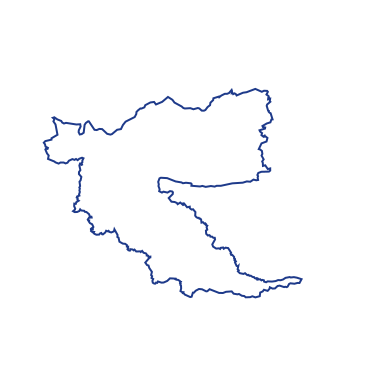 outline of Aipe, Huila, Colombia, rotated 242°
{"feature_id": "7082276B31723879079802", "entity_name": "Aipe", "entity_type": "district", "adm_level": 2, "iso_a3": "COL", "parent_name": "Colombia", "parent_adm1": "Huila", "projection": "albers", "projection_center": [-75.403, 3.239], "detail": "fine", "context": "isolated", "style": "outline", "palette": "blue", "viewbox_px": 384, "rotation_deg": 242, "n_neighbors": 0, "source": "geoboundaries", "source_scale": "gbopen_adm2", "svg_char_len": 6012}
<svg xmlns="http://www.w3.org/2000/svg" viewBox="0 0 384 384"><g transform="rotate(242 192 192)"><path d="M263.6,260.7L264.7,254.9L263.2,253.8L262.2,250.2L260.2,248.7L259.7,245.7L258.1,242.3L258.2,240.7L259.3,238.8L262.3,237.7L263.4,236.6L264.4,232.1L266.8,229.9L269.1,224.9L270.2,223.8L272.4,223.0L279.2,218.5L282.6,218.0L287.2,215.4L285.6,208.0L286.2,201.3L289.3,200.8L290.6,197.3L290.6,191.5L289.1,189.7L289.4,186.5L290.0,185.6L289.4,182.5L288.7,180.5L287.0,179.4L285.1,176.6L285.3,166.4L283.6,162.5L280.9,158.8L282.1,155.1L280.7,148.5L281.0,146.9L283.2,144.4L289.7,142.2L291.2,139.8L291.4,137.0L292.7,135.1L302.8,134.1L303.2,133.5L302.8,130.7L301.7,128.7L295.2,124.2L294.9,121.8L295.5,119.9L298.1,120.0L299.7,121.1L302.1,124.4L304.3,125.1L305.9,121.6L312.2,113.2L312.6,111.1L314.3,110.0L316.1,109.9L319.3,107.2L322.6,105.5L322.8,104.0L321.4,104.6L320.7,104.4L319.4,102.8L315.7,103.2L305.7,100.1L305.4,93.2L304.2,92.5L305.8,86.4L305.1,84.3L303.1,84.6L300.9,84.0L298.6,85.5L297.9,84.7L298.8,83.3L298.4,82.5L294.1,82.1L291.5,82.6L288.8,80.4L283.4,84.9L282.3,85.3L279.7,87.6L279.8,89.7L278.3,92.5L276.6,93.8L276.3,95.8L277.4,98.0L277.2,101.8L275.5,103.4L275.6,105.1L273.8,106.0L274.3,108.1L273.9,111.0L272.7,112.0L271.2,109.9L269.7,109.1L269.5,108.0L267.8,107.8L267.8,107.2L269.5,106.3L268.3,105.0L263.7,103.7L262.7,101.6L260.9,100.6L257.3,101.4L254.6,99.1L253.9,97.5L249.8,96.0L248.8,94.6L247.7,94.6L246.2,93.3L244.7,93.0L242.9,91.1L241.7,90.9L242.0,88.5L241.2,87.6L240.2,88.2L239.0,87.2L237.5,87.9L237.3,85.0L236.1,83.8L237.0,82.6L234.8,81.3L232.2,81.1L231.4,80.3L230.9,78.0L229.4,78.9L228.3,81.1L228.1,83.5L229.2,85.1L227.7,85.5L226.0,88.0L224.8,88.1L223.9,89.4L220.7,90.7L218.2,90.3L217.4,91.6L216.6,91.4L217.7,89.1L216.6,87.0L215.5,87.0L215.1,87.8L214.1,87.1L212.4,87.3L210.4,88.7L207.4,88.5L207.0,87.6L206.0,87.1L207.1,86.5L206.9,85.4L206.0,85.0L205.3,85.5L204.8,84.6L203.5,85.2L202.7,86.7L202.0,85.8L200.9,86.2L199.2,87.5L198.0,90.0L198.6,91.5L198.4,92.7L196.9,92.8L196.4,93.4L197.0,96.5L198.1,98.0L196.6,99.4L196.8,100.1L195.5,100.4L194.2,101.7L193.9,104.6L195.5,106.0L189.0,106.1L187.3,105.0L186.2,105.7L182.2,104.6L178.9,106.7L177.6,108.7L175.6,109.6L174.5,108.9L173.8,109.9L173.1,109.2L172.2,109.4L171.8,108.2L170.4,108.5L169.4,109.6L170.3,110.9L169.1,112.6L167.9,113.1L168.1,114.2L165.7,114.8L163.8,118.5L163.1,118.6L163.4,120.3L161.1,120.7L159.4,122.5L158.0,122.7L157.2,122.2L156.4,123.3L155.3,123.1L154.5,124.9L153.8,124.5L154.0,123.7L151.6,117.6L148.6,118.0L147.5,119.1L145.0,118.6L140.3,119.1L137.8,116.9L136.4,117.3L135.1,115.9L133.4,116.9L132.1,115.3L130.3,114.8L128.8,115.7L128.3,116.7L128.9,117.7L128.1,118.7L129.0,119.9L126.3,122.5L125.4,124.4L125.1,128.4L126.1,132.0L123.9,135.7L122.8,136.3L123.0,137.0L121.8,137.2L120.9,138.5L119.1,139.5L118.4,139.2L117.9,139.9L117.0,138.6L116.2,138.9L115.5,138.1L114.4,138.3L111.9,137.1L109.9,135.3L108.2,136.3L107.6,137.3L106.9,136.5L106.3,137.2L104.8,137.5L100.1,141.1L99.7,142.5L102.7,145.5L102.2,146.3L103.1,149.0L103.1,152.6L101.4,155.2L97.6,157.9L97.2,159.0L97.9,161.9L90.2,168.5L88.3,171.9L87.9,175.2L85.6,180.4L82.7,181.0L80.3,184.1L79.9,185.6L77.0,187.3L75.6,189.3L73.8,190.0L71.8,194.1L71.6,196.3L69.2,198.5L68.2,202.9L71.2,205.0L71.0,207.7L71.9,209.6L69.2,212.4L70.2,215.1L71.3,216.0L68.9,217.8L67.9,220.0L68.8,223.4L68.2,225.4L64.8,228.7L64.6,229.8L63.5,231.0L63.6,232.1L65.2,234.5L65.2,236.0L62.9,239.4L62.2,242.4L61.2,244.2L63.6,247.8L67.1,244.4L69.0,242.0L70.2,239.0L71.0,238.4L72.3,234.3L72.0,231.3L72.5,228.8L73.8,226.7L74.1,224.0L75.4,220.5L77.6,216.8L77.5,215.1L79.0,213.6L80.3,214.0L81.4,212.8L81.4,211.8L83.0,211.2L83.4,210.0L84.4,209.6L84.1,209.1L84.9,208.9L84.6,208.4L85.7,208.3L85.8,207.5L86.6,206.9L87.6,206.9L88.6,205.6L90.5,204.6L91.1,203.3L92.3,203.0L92.6,201.8L95.4,200.7L95.5,199.0L97.9,196.1L100.4,195.3L100.9,196.5L102.3,196.0L105.0,198.2L104.8,197.5L105.8,196.7L109.6,196.9L110.1,198.2L111.3,197.9L111.4,196.7L111.9,198.2L112.8,198.5L113.4,197.9L114.9,198.7L117.7,198.0L118.0,197.1L119.6,197.2L120.1,198.0L125.5,197.6L127.1,195.5L127.0,193.4L128.4,193.4L129.2,191.1L128.5,190.1L129.6,189.3L130.7,186.8L133.9,185.0L136.2,185.3L139.3,190.1L140.9,190.6L141.6,189.3L143.2,188.7L143.9,187.3L145.1,187.4L145.9,186.9L146.1,185.6L148.4,184.9L151.4,186.2L151.6,187.8L154.2,188.4L155.1,189.7L156.4,188.8L157.0,189.3L158.1,189.0L158.1,188.1L160.2,187.5L160.5,186.0L163.4,187.1L164.5,186.9L164.9,186.0L166.0,185.9L166.6,184.7L167.9,184.0L169.6,183.7L172.7,185.6L176.3,184.8L176.6,183.5L177.6,182.9L178.8,182.5L180.1,183.1L180.8,180.5L185.7,179.6L186.0,179.1L184.7,178.5L184.7,178.0L188.2,176.7L188.0,173.6L189.4,173.5L191.3,172.0L193.1,169.3L197.6,168.6L199.2,174.0L200.7,175.0L201.7,174.8L203.1,173.0L203.0,170.1L205.7,166.9L205.6,165.2L208.1,163.4L209.6,164.7L213.0,165.2L214.4,166.3L216.8,166.9L219.3,169.7L219.2,171.2L215.9,176.6L209.0,182.5L205.4,187.2L204.0,188.1L203.0,191.0L200.2,195.1L199.1,195.4L197.8,194.4L193.1,201.7L192.5,204.0L190.1,206.5L188.4,211.5L186.1,214.6L185.9,216.7L183.9,220.5L180.7,231.7L176.4,241.2L175.6,245.4L173.7,248.3L174.1,252.1L172.2,254.2L171.6,256.0L174.0,256.8L175.0,257.8L176.3,257.7L177.7,259.5L177.3,262.7L173.9,269.5L174.2,271.1L176.1,272.1L176.7,269.7L181.2,269.2L181.7,266.9L184.5,268.2L186.0,268.3L187.2,270.6L191.5,270.5L192.6,272.0L195.4,273.0L197.4,272.2L198.5,271.1L202.3,276.2L201.6,281.5L204.3,284.0L206.8,282.9L206.9,281.9L207.7,282.3L207.6,280.9L209.6,280.0L211.1,281.5L213.4,280.5L214.8,280.6L213.7,286.2L214.6,286.9L216.1,285.1L217.2,285.2L217.4,290.2L216.7,293.9L218.7,296.1L218.3,297.2L224.6,298.4L225.6,297.7L226.8,297.4L227.5,297.9L228.1,297.4L233.0,298.4L234.0,299.4L234.9,303.5L235.6,303.3L237.7,304.8L238.1,302.7L239.4,303.6L239.6,304.4L240.8,304.6L243.1,303.5L244.8,306.0L246.0,305.8L247.6,303.1L247.7,300.7L253.3,296.3L254.5,287.0L255.7,283.7L256.3,276.7L257.7,276.7L259.1,275.9L259.1,274.3L260.2,274.3L260.5,273.4L262.3,274.7L263.5,274.9L262.0,271.1L262.2,269.2L263.3,267.0L263.4,263.2L262.9,260.6L263.6,260.7Z" fill="none" stroke="#1e3a8a" stroke-width="2"/></g></svg>